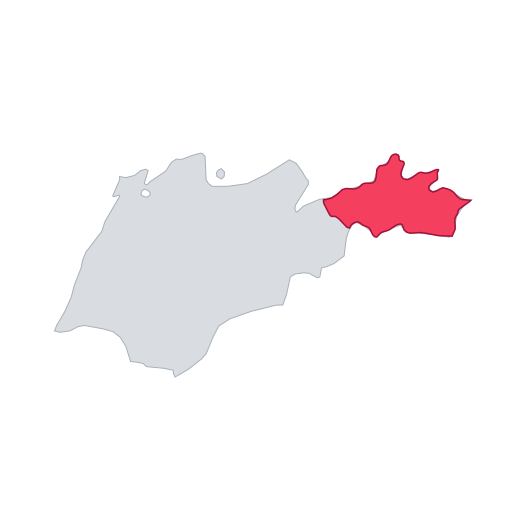 Armenia, with Syunik highlighted, rotated 301°
{"feature_id": "ARM-1732", "entity_name": "Syunik", "entity_type": "Province", "adm_level": 1, "iso_a3": "ARM", "parent_name": "Armenia", "parent_adm1": "", "projection": "robinson", "projection_center": [46.179, 39.357], "detail": "fine", "context": "in_parent", "style": "filled", "palette": "rose", "viewbox_px": 512, "rotation_deg": 301, "n_neighbors": 0, "source": "natural_earth", "source_scale": "10m", "svg_char_len": 3529}
<svg xmlns="http://www.w3.org/2000/svg" viewBox="0 0 512 512"><g transform="rotate(301 256 256)"><path d="M227.8,304.2L224.2,298.5L205.8,280.1L188.7,266.0L177.0,260.2L165.1,260.8L146.7,263.6L139.9,262.4L123.9,256.3L110.6,249.0L112.5,246.0L115.4,243.8L112.1,234.4L104.8,219.2L105.7,214.5L103.4,207.9L100.9,202.9L111.5,191.0L116.4,181.5L117.5,172.2L114.8,162.5L108.2,145.0L104.0,139.9L96.2,135.2L89.7,127.4L88.0,121.9L93.6,120.9L109.9,120.7L125.6,118.8L137.9,115.2L155.8,112.2L163.1,109.5L171.7,108.2L197.7,111.1L207.5,108.8L236.8,108.4L237.6,107.3L233.6,103.6L233.7,102.2L251.1,99.9L253.8,98.1L256.1,104.0L262.6,110.5L269.7,113.1L273.6,116.7L273.7,119.5L261.0,122.8L260.2,124.4L261.0,126.0L264.8,126.8L282.5,135.0L292.6,135.2L297.9,137.7L300.6,142.6L309.0,149.2L315.8,155.7L316.2,157.9L314.9,161.2L295.9,173.8L293.5,178.1L293.2,182.7L301.5,196.4L313.7,211.4L331.4,222.8L355.7,235.1L356.1,242.8L352.2,251.9L348.8,258.0L347.3,262.2L344.4,264.0L320.0,263.6L316.4,265.1L314.8,266.9L314.6,268.4L323.4,271.1L337.0,281.0L344.9,290.5L353.1,294.6L362.2,302.2L369.6,309.3L381.1,318.4L393.8,315.4L410.9,323.5L411.6,329.1L410.6,334.0L399.8,339.4L398.5,341.6L398.5,343.5L399.9,346.1L406.2,350.5L413.7,357.1L422.0,366.8L418.3,369.8L410.5,370.2L404.4,369.0L402.3,371.0L402.4,374.2L410.3,381.6L411.9,387.0L411.6,396.4L412.0,408.3L393.5,407.5L377.6,413.2L371.7,412.0L367.7,402.0L364.3,393.8L354.3,372.8L357.0,364.2L351.4,359.2L337.9,350.3L334.4,346.6L336.3,341.6L337.7,332.3L336.4,324.8L332.8,322.5L326.0,322.4L317.8,324.2L301.4,331.5L289.9,326.8L283.4,322.2L279.5,318.3L271.0,321.5L268.9,319.9L268.5,310.3L265.9,305.1L260.8,299.0L256.0,296.1L238.4,302.1L227.8,304.2ZM256.0,132.3L256.6,128.8L255.8,125.7L252.9,124.7L249.4,125.6L249.2,129.0L250.2,132.3L253.7,133.8L256.0,132.3ZM311.9,185.6L307.9,187.7L304.1,186.8L304.1,181.4L306.9,179.3L310.0,179.4L313.0,181.3L311.9,185.6Z" fill="#d9dde1" stroke="#a8b0b8" stroke-width="1"/><path d="M339.1,284.9L339.9,286.4L344.7,291.0L347.0,292.1L350.5,293.8L357.3,295.7L360.2,298.4L364.3,306.2L367.6,308.8L371.7,309.9L373.5,310.9L375.1,312.7L377.6,317.1L379.2,318.6L381.5,319.3L385.2,318.5L392.5,315.0L396.2,315.2L397.7,316.4L400.2,319.6L401.8,320.7L403.9,321.1L410.7,320.5L412.4,320.8L414.2,321.9L415.5,323.6L415.8,325.8L414.9,327.4L413.3,328.3L412.1,329.4L412.0,331.6L412.8,333.0L412.7,334.2L412.0,335.1L410.7,335.7L402.8,337.1L399.5,339.1L398.0,342.5L399.5,346.6L403.0,349.1L410.7,352.4L412.4,353.7L413.2,355.6L413.8,357.7L414.8,359.6L417.4,362.2L422.0,365.3L422.7,365.9L423.4,366.7L423.6,367.0L424.0,367.9L423.0,368.4L420.8,368.4L415.8,371.8L414.5,372.0L408.0,368.8L404.2,368.4L401.8,370.6L401.9,374.6L404.6,377.2L408.2,379.1L410.8,381.1L412.1,385.4L412.7,389.1L412.4,392.7L411.0,396.9L410.9,397.3L410.8,397.7L410.4,399.3L410.2,400.9L410.3,402.5L410.8,404.0L414.5,411.5L412.6,411.0L401.4,406.2L400.0,405.9L398.8,406.1L396.2,406.9L392.1,407.0L390.6,407.3L388.6,408.3L383.0,412.1L381.1,413.0L374.0,413.9L367.7,402.5L362.1,387.7L360.0,383.6L357.2,379.8L354.9,376.3L354.0,372.8L354.6,369.5L357.2,366.3L357.9,365.4L358.1,364.5L357.9,363.5L357.2,362.5L355.0,360.5L348.9,357.6L347.4,356.9L344.8,355.0L342.8,353.0L340.6,351.2L334.5,349.8L334.2,349.2L333.6,347.8L334.3,345.2L337.9,339.6L338.4,337.5L337.4,331.5L337.8,328.2L337.8,326.0L336.8,324.4L334.4,322.7L331.4,321.6L328.9,321.7L328.3,321.8L328.3,321.6L327.7,320.3L327.6,319.7L327.5,319.0L330.4,308.5L330.8,305.7L330.8,303.7L328.8,300.2L329.0,298.7L329.9,296.8L335.6,287.7L337.2,285.9L339.1,284.9Z" fill="#f43f5e" stroke="#9f1239" stroke-width="1.5"/></g></svg>